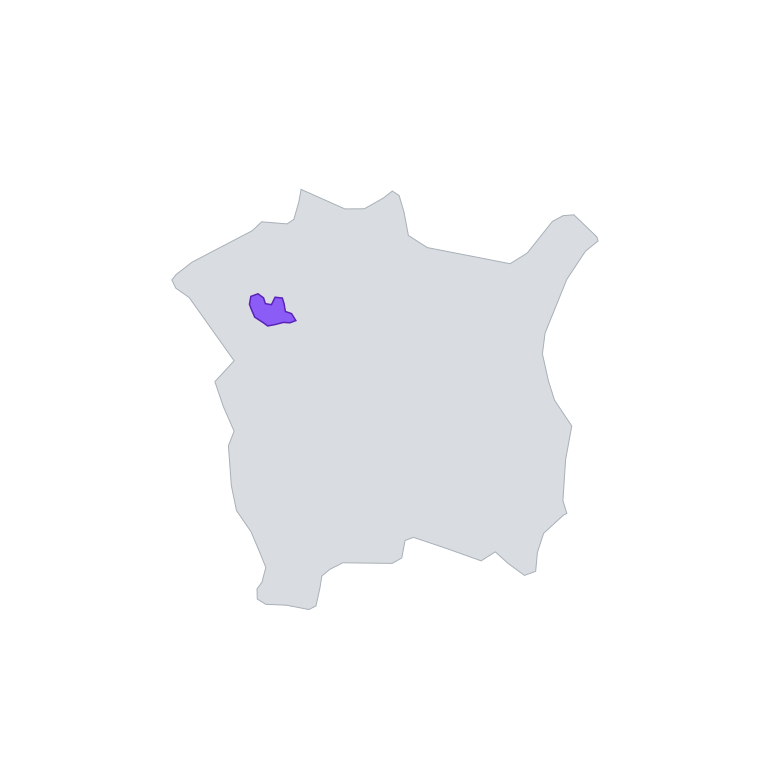 Novo Brdo on a map of Kosovo (Equal Earth projection), rotated 216°
{"feature_id": "KOS-5906", "entity_name": "Novo Brdo", "entity_type": "District", "adm_level": 1, "iso_a3": "XKX", "parent_name": "Kosovo", "parent_adm1": "", "projection": "equal_earth", "projection_center": [21.392, 42.572], "detail": "fine", "context": "in_parent", "style": "filled", "palette": "violet", "viewbox_px": 768, "rotation_deg": 216, "n_neighbors": 0, "source": "natural_earth", "source_scale": "10m", "svg_char_len": 1337}
<svg xmlns="http://www.w3.org/2000/svg" viewBox="0 0 768 768"><g transform="rotate(216 384 384)"><path d="M236.4,287.8L270.1,277.2L275.0,269.8L267.4,253.7L271.9,243.7L312.2,215.2L318.9,202.2L321.4,192.1L316.0,181.4L308.6,164.5L312.2,157.4L333.1,147.6L350.1,136.3L360.1,135.5L366.3,143.6L366.3,152.0L371.8,166.2L384.2,173.9L404.9,186.4L429.0,194.9L447.8,212.1L473.6,242.6L477.5,257.7L500.7,271.3L522.2,286.5L518.9,314.7L592.4,339.4L608.9,339.2L616.8,343.5L616.6,350.0L610.9,369.8L580.7,430.6L578.3,443.3L556.6,456.5L553.7,464.2L559.8,481.0L565.5,492.8L565.0,492.8L518.6,502.6L502.9,514.2L493.7,534.4L490.7,545.0L482.5,545.3L468.8,534.8L451.6,518.5L429.2,519.8L352.7,555.4L345.1,574.1L343.3,614.6L338.0,625.5L329.8,632.5L298.2,628.1L294.9,625.5L299.1,609.9L297.6,576.0L283.6,519.8L273.5,501.4L252.7,483.1L236.5,471.1L207.4,460.4L192.7,429.7L170.7,394.8L160.0,386.8L161.8,383.3L167.1,357.0L160.9,337.9L151.2,321.6L157.9,311.7L178.4,311.8L195.3,313.6L201.5,298.0L236.4,287.8Z" fill="#d9dde1" stroke="#a8b0b8" stroke-width="1"/><path d="M532.1,382.9L527.2,379.3L521.7,382.0L523.1,390.2L516.8,393.8L512.0,390.2L506.4,384.7L500.2,386.6L492.6,383.5L496.1,378.2L501.6,374.7L507.0,368.1L512.2,362.6L517.8,362.6L527.9,362.1L535.5,366.6L539.7,369.4L543.2,376.6L539.0,382.9L532.1,382.9Z" fill="#8b5cf6" stroke="#5b21b6" stroke-width="1.5"/></g></svg>